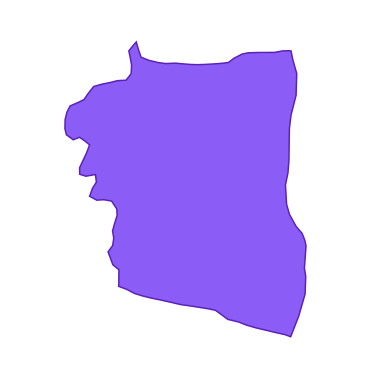 VI-4 Lower Corentyne Rive, East Berbice-Corentyne, Guyana, rotated 353°
{"feature_id": "73187651B56094109517329", "entity_name": "VI-4 Lower Corentyne Rive", "entity_type": "district", "adm_level": 2, "iso_a3": "GUY", "parent_name": "Guyana", "parent_adm1": "East Berbice-Corentyne", "projection": "mercator", "projection_center": [-57.321, 5.762], "detail": "fine", "context": "isolated", "style": "filled", "palette": "violet", "viewbox_px": 384, "rotation_deg": 353, "n_neighbors": 0, "source": "geoboundaries", "source_scale": "gbopen_adm2", "svg_char_len": 1466}
<svg xmlns="http://www.w3.org/2000/svg" viewBox="0 0 384 384"><g transform="rotate(353 192 192)"><path d="M272.3,347.7L280.2,333.0L282.7,328.4L291.8,307.1L292.9,300.3L294.6,289.6L294.3,281.3L298.6,259.4L298.1,253.7L296.3,246.6L291.1,238.8L286.0,226.0L284.4,215.9L285.6,196.5L289.6,184.6L292.0,172.9L294.8,152.4L296.4,140.9L299.7,127.6L307.1,108.7L310.4,87.2L308.2,73.1L307.5,64.1L305.7,63.6L299.0,63.0L290.7,63.5L283.2,62.6L274.9,61.6L264.8,60.7L258.5,61.2L249.7,64.5L244.0,67.9L236.8,67.9L228.5,67.5L219.7,66.9L213.0,66.3L206.0,65.2L197.7,63.5L191.3,62.1L181.5,61.3L173.9,59.3L165.1,56.0L157.9,52.0L156.2,44.2L155.0,36.3L152.3,38.6L146.5,44.2L147.1,51.6L147.5,58.8L146.0,67.2L140.2,73.0L131.4,72.4L123.8,73.4L116.4,73.9L107.3,75.3L101.1,81.4L96.1,87.1L89.4,89.4L81.5,91.7L77.6,97.5L74.9,104.6L73.6,113.5L74.3,119.9L80.5,125.7L87.0,124.0L91.9,128.3L96.1,132.8L91.9,140.7L87.5,147.7L83.4,154.2L82.7,160.7L88.6,163.4L98.3,162.9L98.3,170.5L93.7,176.2L89.8,183.8L96.5,188.5L103.5,188.9L111.1,191.2L115.3,199.7L114.8,206.2L111.6,213.2L108.4,220.9L108.7,228.3L106.7,235.5L101.4,241.2L103.0,247.9L104.6,254.6L110.0,260.3L108.7,269.9L107.7,276.7L115.0,280.5L122.8,285.8L130.9,289.4L139.7,292.7L146.9,295.1L154.5,297.8L161.1,300.2L167.7,302.6L174.0,304.2L181.4,306.3L188.4,308.3L194.6,310.1L200.9,312.3L205.2,316.3L212.0,322.8L222.2,326.6L230.3,331.0L239.3,334.8L250.2,338.8L257.6,341.6L266.9,344.9L272.3,347.7Z" fill="#8b5cf6" stroke="#5b21b6" stroke-width="1.5"/></g></svg>